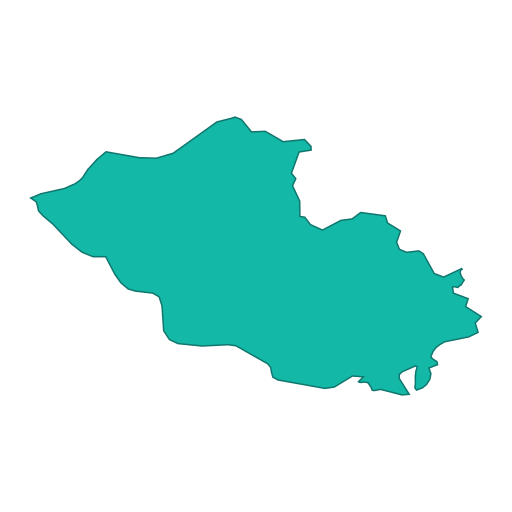 the District of Fermanagh
{"feature_id": "GBR-2136", "entity_name": "Fermanagh", "entity_type": "District", "adm_level": 1, "iso_a3": "GBR", "parent_name": "United Kingdom", "parent_adm1": "", "projection": "robinson", "projection_center": [-7.539, 54.359], "detail": "fine", "context": "isolated", "style": "filled", "palette": "teal", "viewbox_px": 512, "rotation_deg": 0, "n_neighbors": 0, "source": "natural_earth", "source_scale": "10m", "svg_char_len": 1711}
<svg xmlns="http://www.w3.org/2000/svg" viewBox="0 0 512 512"><path d="M156.4,158.2L173.2,153.2L216.8,122.0L234.9,117.4L234.9,117.1L241.3,119.4L251.5,131.9L265.2,131.3L283.2,141.7L304.5,139.5L311.0,146.4L311.1,150.1L299.1,152.0L291.4,173.2L295.8,178.7L292.5,185.7L299.7,201.1L299.9,216.4L304.8,217.2L310.4,224.6L322.4,230.1L340.9,220.4L352.2,218.9L360.7,212.5L385.3,215.8L387.6,223.0L400.5,231.0L396.6,242.2L399.4,249.3L406.5,252.3L418.8,250.9L423.3,253.7L434.2,273.5L443.6,277.1L461.7,268.6L462.0,269.1L462.1,269.3L460.8,269.8L460.1,272.5L461.2,276.0L462.9,278.8L464.0,279.7L464.2,280.1L460.8,285.3L460.2,285.2L457.8,287.5L454.6,286.7L452.4,287.1L453.5,293.2L468.2,298.7L465.6,306.6L481.3,316.6L475.2,323.0L478.1,332.3L468.7,336.9L444.6,341.8L439.7,344.7L436.1,347.5L433.2,351.2L430.8,356.8L432.9,359.1L437.0,361.7L437.5,364.7L428.9,368.0L430.9,373.7L429.8,379.4L426.6,384.4L422.5,387.8L416.5,390.1L414.9,387.9L415.4,382.8L415.3,376.3L415.9,371.3L417.2,367.2L415.7,365.8L402.3,371.7L399.2,374.6L399.2,378.4L409.2,394.3L406.5,394.5L401.9,394.9L380.6,389.4L374.1,390.6L372.2,390.2L371.3,387.7L368.1,382.8L364.5,382.0L360.1,382.5L358.5,381.7L363.4,376.8L352.4,376.0L334.4,387.0L324.9,388.4L278.1,380.0L272.9,377.2L271.5,372.4L270.7,367.4L267.7,363.8L236.0,345.8L228.2,344.7L202.1,346.0L178.0,343.6L169.5,339.6L163.7,330.8L162.0,305.8L159.1,296.8L152.7,293.1L135.5,291.1L132.0,290.1L128.2,289.0L120.7,282.6L115.0,274.5L105.7,256.7L93.0,256.7L82.0,252.2L71.7,244.1L53.1,224.3L42.7,215.5L38.5,210.8L37.6,206.3L36.3,201.9L30.7,198.0L33.1,197.0L41.1,193.7L64.4,188.5L75.2,183.7L80.2,180.1L82.5,177.7L87.9,169.4L96.8,159.6L106.0,151.8L139.2,157.7L156.4,158.2Z" fill="#14b8a6" stroke="#0f766e" stroke-width="1.5"/></svg>